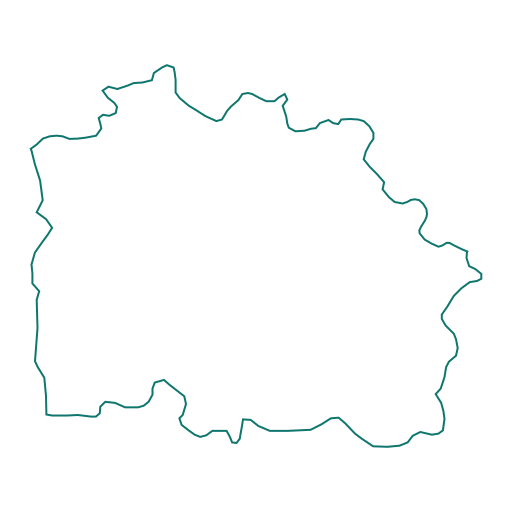 the district of Svislach, Grodno, Belarus
{"feature_id": "67162791B1668576645583", "entity_name": "Svislach", "entity_type": "district", "adm_level": 2, "iso_a3": "BLR", "parent_name": "Belarus", "parent_adm1": "Grodno", "projection": "mercator", "projection_center": [24.286, 52.932], "detail": "fine", "context": "isolated", "style": "outline", "palette": "teal", "viewbox_px": 512, "rotation_deg": 0, "n_neighbors": 0, "source": "geoboundaries", "source_scale": "gbopen_adm2", "svg_char_len": 2596}
<svg xmlns="http://www.w3.org/2000/svg" viewBox="0 0 512 512"><path d="M467.3,251.5L462.7,249.6L455.0,245.9L449.6,243.0L446.7,242.8L442.3,245.5L438.5,246.7L431.6,243.6L424.7,239.6L419.7,233.4L419.3,230.4L421.2,226.5L424.9,220.6L426.4,217.3L427.0,213.9L426.4,209.1L423.1,203.7L419.1,200.1L414.9,199.3L410.9,199.9L407.2,202.0L402.6,203.5L394.7,202.0L389.0,197.2L382.6,189.4L384.1,182.2L377.0,174.1L369.8,166.9L363.7,159.3L365.8,151.6L369.8,144.0L373.4,138.9L373.4,132.8L369.3,126.2L363.7,121.1L358.1,119.5L350.0,119.0L341.3,119.5L338.2,124.1L333.1,123.1L328.5,120.0L319.9,123.1L315.8,128.2L311.2,128.7L304.6,130.7L295.4,131.3L288.8,127.7L287.3,123.6L286.2,116.5L282.7,105.8L287.3,99.6L284.7,94.0L278.6,97.6L274.5,101.2L272.0,101.2L266.3,101.2L259.7,98.1L252.1,94.0L248.0,93.0L242.4,94.0L238.3,100.2L231.2,106.3L227.1,110.9L222.0,119.5L216.4,121.1L205.2,116.0L196.5,110.4L188.9,105.8L179.7,98.1L175.6,92.5L175.6,86.4L175.6,79.8L174.6,72.1L173.6,67.5L169.5,66.1L166.9,65.2L162.0,67.5L153.9,73.0L151.9,80.2L142.5,82.5L133.6,83.1L127.4,85.7L117.3,89.0L108.5,86.7L102.6,90.6L107.9,97.8L114.4,103.0L117.0,106.9L115.7,113.1L109.2,115.8L103.0,114.8L98.7,118.0L100.4,124.2L101.3,128.5L96.1,135.7L86.0,137.6L77.8,138.6L69.4,138.9L62.5,136.3L56.6,135.7L49.8,136.3L42.9,138.6L36.7,144.5L30.7,148.9L31.5,150.6L34.9,164.3L40.1,180.6L42.7,200.3L36.7,212.3L46.1,219.2L52.1,227.8L47.8,234.6L42.7,241.5L34.9,252.6L31.5,264.6L32.4,273.2L32.4,283.5L39.2,291.2L36.7,299.8L37.5,328.1L35.0,361.2L37.8,367.2L44.3,377.7L46.0,395.8L46.4,414.5L52.0,415.5L67.4,415.5L77.8,415.0L91.0,416.6L95.9,416.6L99.8,413.3L100.3,406.7L105.3,401.8L115.1,402.9L125.0,407.3L138.2,407.3L143.7,405.7L148.6,401.8L152.5,394.7L152.5,388.6L154.7,382.6L164.0,379.9L169.5,384.8L174.4,388.6L184.3,396.3L186.0,404.0L182.7,415.0L179.4,418.3L181.6,424.9L188.7,430.4L194.7,434.7L200.2,436.9L206.3,435.3L212.3,430.9L220.5,430.9L226.6,430.9L229.9,436.9L232.1,442.4L236.5,443.0L239.8,438.6L240.3,435.3L241.9,426.5L243.0,419.4L250.7,419.9L258.4,426.0L269.9,430.9L282.0,430.9L287.0,430.9L310.6,429.8L321.5,424.3L330.9,418.3L338.6,417.7L345.1,423.2L355.0,433.6L361.6,438.6L373.1,446.3L387.4,446.8L399.5,445.7L407.7,442.4L412.7,435.8L420.3,432.0L431.9,434.7L438.5,433.6L442.9,430.4L444.5,418.8L443.4,411.1L441.2,402.9L435.7,394.1L440.7,388.6L444.5,377.1L446.1,367.2L448.9,361.7L456.0,355.7L457.7,348.0L456.0,339.2L453.8,333.7L445.6,325.5L441.8,318.9L441.8,314.5L447.2,306.8L453.8,295.9L461.5,288.2L469.8,282.1L476.9,281.0L481.3,278.8L481.3,273.9L475.2,269.0L469.2,266.2L466.5,258.0L467.0,252.0L467.3,251.5Z" fill="none" stroke="#0f766e" stroke-width="2"/></svg>